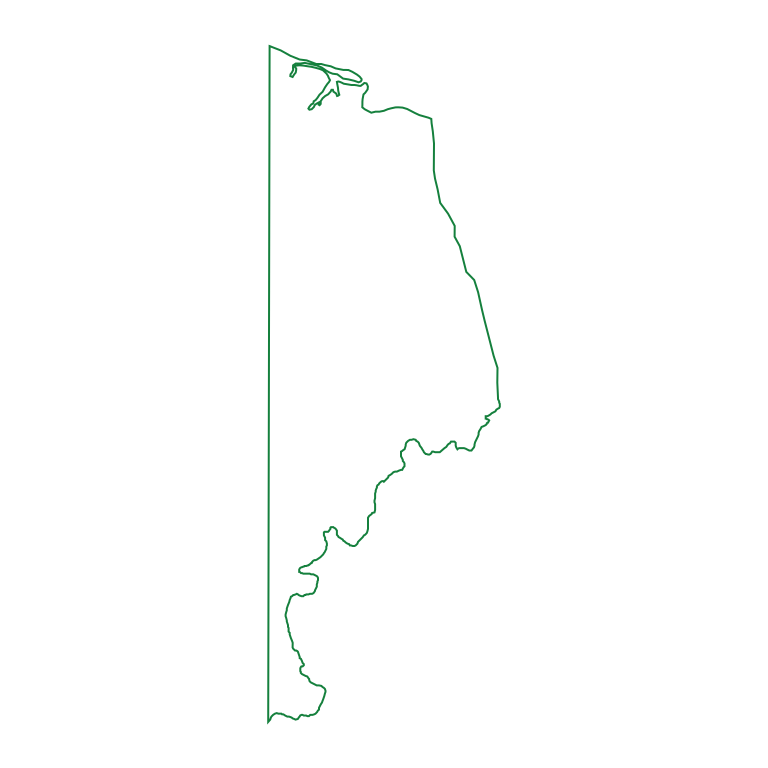 the district of Juan Francisco Bulnes, Gracias a Dios, Honduras
{"feature_id": "27666195B12686081930969", "entity_name": "Juan Francisco Bulnes", "entity_type": "district", "adm_level": 2, "iso_a3": "HND", "parent_name": "Honduras", "parent_adm1": "Gracias a Dios", "projection": "orthographic", "projection_center": [-84.929, 15.724], "detail": "fine", "context": "isolated", "style": "outline", "palette": "green", "viewbox_px": 768, "rotation_deg": 0, "n_neighbors": 0, "source": "geoboundaries", "source_scale": "gbopen_adm2", "svg_char_len": 6026}
<svg xmlns="http://www.w3.org/2000/svg" viewBox="0 0 768 768"><path d="M431.3,118.9L428.5,117.7L424.3,116.5L419.4,115.1L414.9,113.0L407.2,109.0L402.6,107.6L398.2,107.3L395.4,107.4L391.2,108.3L387.8,109.2L383.9,110.8L379.3,111.7L375.4,111.7L371.3,112.7L367.8,110.9L364.8,109.3L362.3,107.3L362.4,104.6L362.4,101.8L362.6,99.1L363.5,94.4L365.2,92.8L367.6,89.4L367.9,86.5L367.3,84.9L366.5,83.4L364.3,83.0L363.0,84.2L361.8,85.0L360.7,85.9L359.5,85.9L356.8,85.3L354.6,85.0L351.5,85.0L346.7,84.2L343.7,83.7L341.8,82.7L339.7,81.8L338.2,81.5L336.9,81.9L337.3,84.3L338.0,87.9L338.2,90.5L338.6,92.4L339.3,94.8L338.1,95.7L337.1,96.0L336.2,93.6L335.0,92.7L333.4,91.6L332.9,89.8L331.5,89.8L330.7,91.5L328.2,94.3L325.2,96.0L322.6,98.3L320.7,101.2L320.7,103.9L319.6,105.2L318.6,104.6L318.7,102.5L316.5,103.7L314.7,105.1L313.9,107.0L311.7,109.2L309.4,109.7L308.4,108.6L309.2,107.0L310.4,105.5L311.3,104.4L313.3,103.4L313.7,101.3L315.6,100.1L317.4,97.9L319.5,94.7L322.6,91.8L325.0,87.4L327.3,84.0L329.1,81.9L330.0,80.1L328.7,77.7L327.9,75.7L326.4,73.5L323.0,70.3L319.9,69.0L316.0,67.9L311.4,66.8L307.2,66.2L303.4,65.6L299.5,65.3L297.2,65.5L295.0,65.9L295.1,67.4L296.2,68.4L296.2,69.9L295.7,72.6L294.5,74.0L293.3,75.8L292.6,77.0L290.3,76.1L290.5,74.3L291.8,72.6L293.2,69.9L293.0,68.0L293.1,65.3L295.8,63.5L300.5,63.5L304.7,62.9L310.1,64.0L316.8,65.4L321.7,67.5L326.2,70.6L329.3,72.4L332.6,73.7L337.3,74.3L343.1,78.6L348.5,79.4L354.3,80.8L358.6,82.3L360.7,81.5L361.5,80.3L361.6,79.1L359.7,76.7L357.0,74.6L352.3,71.8L348.4,70.0L343.2,69.9L335.6,68.4L330.8,66.3L325.0,65.1L321.3,64.0L316.3,64.0L306.7,60.4L299.6,59.5L290.4,55.8L280.7,50.4L269.6,46.1L268.2,721.9L270.2,719.6L270.8,717.8L271.4,716.6L273.2,714.8L274.9,713.7L276.7,713.1L278.5,713.7L281.4,713.7L282.0,714.3L283.2,714.3L284.3,714.9L284.9,715.4L287.3,716.6L289.0,716.6L290.8,717.2L292.0,717.8L292.6,718.4L294.3,719.0L295.5,719.6L297.8,719.0L299.0,717.2L299.6,716.6L300.2,715.5L301.4,714.9L302.6,714.9L303.7,715.5L306.1,715.5L307.3,716.1L309.0,716.1L310.2,714.9L312.5,714.9L314.3,714.3L315.5,713.7L317.2,711.9L317.8,710.7L319.0,709.6L319.0,707.8L320.8,704.3L322.0,702.5L322.6,700.7L323.1,699.5L324.3,696.0L324.9,693.6L325.5,691.9L325.5,690.7L324.9,688.9L324.3,688.3L323.7,687.7L322.6,687.1L321.4,685.9L319.0,685.4L316.7,685.4L312.0,683.0L310.8,682.4L310.2,681.8L309.6,681.2L309.1,679.4L309.1,678.9L308.5,678.3L307.3,676.5L305.5,675.9L302.0,674.1L300.8,672.9L300.8,671.8L300.3,671.2L300.3,668.2L300.9,667.0L301.4,666.4L302.6,666.4L303.8,665.3L303.8,664.1L302.6,662.9L302.0,661.1L300.9,658.8L299.7,658.2L299.7,657.0L297.9,651.7L297.3,651.1L296.2,650.5L295.0,650.5L293.2,648.7L292.6,647.5L292.7,642.8L292.1,641.0L290.9,638.1L289.7,634.5L289.7,632.8L288.6,631.6L288.6,628.0L288.0,626.9L288.0,625.1L286.8,621.5L286.8,620.4L286.2,618.0L285.6,616.2L285.6,614.5L286.2,612.1L286.8,610.3L286.8,608.5L288.0,605.0L289.2,602.1L289.8,599.7L290.4,598.5L290.9,596.7L292.1,596.2L293.3,595.0L293.9,595.0L295.7,594.4L296.8,593.8L298.0,594.4L298.6,595.0L299.8,595.6L301.5,596.2L303.3,596.2L304.5,595.0L305.6,595.0L306.2,594.4L308.6,594.4L309.8,593.8L312.1,593.8L313.3,593.2L313.9,592.6L315.0,590.9L315.0,590.3L316.8,586.7L316.8,584.4L317.4,582.6L317.4,581.4L318.0,580.2L318.0,577.9L317.4,576.7L316.8,576.1L313.3,574.3L311.0,574.3L309.8,573.7L303.3,573.7L302.1,573.1L301.0,573.1L299.8,571.9L299.2,571.9L299.2,569.6L299.8,568.4L300.4,567.8L301.6,567.2L302.1,567.2L303.3,566.6L303.9,566.6L304.5,566.0L306.3,566.0L307.4,565.5L308.0,565.5L308.6,564.9L309.2,564.9L311.0,563.1L311.6,563.1L312.1,562.5L312.1,561.9L313.3,560.7L314.5,560.1L315.7,560.1L316.9,559.6L320.4,557.2L323.3,554.3L323.9,553.1L324.5,552.5L326.3,548.9L326.3,546.6L326.9,545.4L326.9,543.6L326.3,541.3L325.1,540.1L325.1,537.7L323.9,535.4L323.9,532.4L324.5,531.8L328.1,531.8L329.2,530.6L329.8,529.5L330.4,528.9L330.4,527.7L331.0,527.1L333.3,527.1L333.9,527.7L335.1,528.3L335.7,528.9L336.9,530.6L336.9,534.8L338.0,536.0L338.6,537.1L339.8,537.7L341.6,538.9L342.7,539.5L343.3,540.7L344.5,541.3L345.7,542.5L347.4,543.6L349.2,544.2L349.8,545.4L351.0,545.4L352.7,546.0L354.5,546.0L355.7,545.4L357.4,543.7L358.0,541.9L362.7,537.2L363.9,535.4L365.1,534.8L366.8,533.0L367.4,531.3L368.0,528.9L368.0,517.7L369.2,515.9L371.6,514.1L372.1,513.0L374.5,512.4L375.1,510.0L375.1,504.1L374.5,502.3L374.5,500.6L375.1,498.2L375.1,493.5L375.7,491.7L375.7,490.5L376.3,488.8L376.9,487.6L376.9,486.4L377.5,485.2L378.6,484.6L379.2,483.4L381.0,481.7L382.2,481.1L383.4,481.1L383.9,481.7L388.1,477.5L388.6,475.8L389.8,475.2L391.6,474.0L393.4,472.2L395.1,471.6L396.9,471.6L399.2,470.5L401.0,469.9L402.2,469.9L403.4,467.5L404.5,466.3L404.5,463.4L403.9,462.2L402.8,461.0L402.8,459.8L401.0,456.3L401.0,451.6L402.2,451.0L402.8,450.4L404.6,449.2L405.7,445.7L405.7,444.5L406.3,442.7L408.1,440.9L409.9,439.8L411.6,439.8L413.4,439.2L415.7,439.8L416.3,441.0L417.5,441.5L418.7,442.7L419.2,443.9L419.8,445.7L421.6,448.0L422.2,449.2L423.4,451.0L423.9,452.2L424.5,452.8L425.7,454.0L426.3,454.0L428.0,454.5L429.2,454.6L430.4,454.0L431.0,453.4L432.2,451.6L433.3,451.6L435.1,452.2L439.8,452.2L444.5,448.1L446.3,446.9L447.5,445.1L448.6,443.9L449.8,443.4L451.0,441.6L454.5,441.6L455.1,442.2L455.7,442.8L455.7,445.7L456.3,447.5L457.4,449.3L458.0,448.7L459.2,448.1L463.9,448.1L465.7,448.7L466.8,449.3L469.2,450.5L471.5,450.5L473.3,448.1L473.9,447.5L474.5,445.7L474.5,444.6L475.1,442.2L478.0,436.3L478.6,434.5L478.6,432.8L479.2,431.0L480.4,429.2L481.6,426.9L483.3,426.3L485.7,425.1L486.8,423.9L486.8,423.3L487.4,422.7L488.0,422.7L489.2,420.4L488.6,419.8L487.4,419.2L486.9,419.2L486.3,418.6L485.7,418.6L485.7,416.2L487.4,416.2L488.6,415.6L490.4,414.5L491.6,413.3L495.1,411.5L495.7,410.9L496.3,409.7L498.0,408.6L499.2,408.0L499.8,406.8L499.8,403.8L499.2,402.7L499.2,401.5L498.0,399.1L498.0,397.6L497.3,382.7L497.5,367.9L493.6,355.7L488.4,335.4L484.6,320.6L482.0,309.8L478.1,292.2L474.2,280.0L466.3,271.9L459.8,246.2L454.6,236.7L454.7,225.9L448.1,213.7L440.2,202.9L437.6,189.3L435.0,178.5L433.8,170.4L434.0,143.5L432.8,131.3L431.6,123.2L431.3,118.9Z" fill="none" stroke="#15803d" stroke-width="2"/></svg>